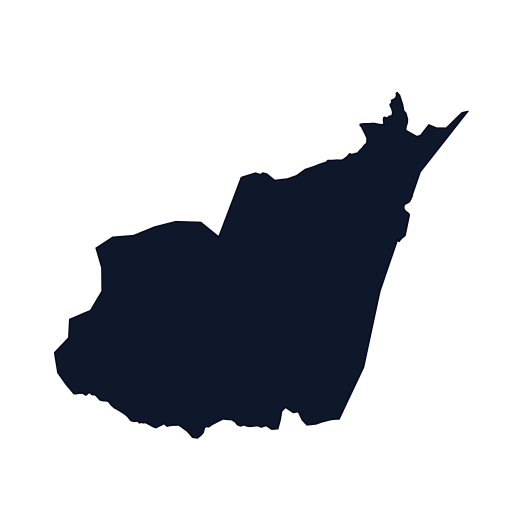 Santa Ana Ateixtlahuaca, Oaxaca, Mexico, rotated 193°
{"feature_id": "50627088B25341473953732", "entity_name": "Santa Ana Ateixtlahuaca", "entity_type": "district", "adm_level": 2, "iso_a3": "MEX", "parent_name": "Mexico", "parent_adm1": "Oaxaca", "projection": "robinson", "projection_center": [-96.894, 18.22], "detail": "fine", "context": "isolated", "style": "filled", "palette": "ink", "viewbox_px": 512, "rotation_deg": 193, "n_neighbors": 0, "source": "geoboundaries", "source_scale": "gbopen_adm2", "svg_char_len": 3200}
<svg xmlns="http://www.w3.org/2000/svg" viewBox="0 0 512 512"><g transform="rotate(193 256 256)"><path d="M402.4,80.9L400.6,81.2L397.2,82.7L394.1,83.4L390.4,82.2L388.5,84.9L386.5,85.5L384.9,84.1L381.3,84.6L378.1,82.4L375.7,80.7L372.6,80.6L369.4,81.2L367.2,81.2L363.6,78.3L359.7,76.2L357.0,75.5L351.4,73.7L348.1,72.4L345.1,70.9L340.8,67.5L337.6,67.4L334.3,68.6L332.0,67.2L330.5,68.2L328.3,68.1L326.1,68.9L321.3,67.6L317.0,66.4L314.8,66.3L312.3,68.5L310.0,70.1L309.0,71.4L307.3,71.8L304.3,70.2L302.2,71.3L299.3,72.4L295.9,73.2L293.5,74.0L290.6,73.0L286.9,71.3L284.2,70.3L279.9,67.4L277.1,65.1L272.2,65.5L269.5,68.9L267.8,71.9L267.6,77.1L266.6,78.5L263.4,79.1L261.1,81.8L258.2,84.3L251.5,89.9L247.7,90.3L245.0,90.7L242.7,91.1L238.7,89.6L236.2,87.5L232.9,86.9L230.8,88.2L229.5,88.9L226.8,88.3L223.5,88.6L216.3,91.1L212.4,90.5L208.0,93.2L201.7,90.8L195.9,92.6L195.6,101.4L196.1,110.6L193.2,115.3L184.5,111.9L179.7,113.9L176.8,110.2L173.8,106.5L168.3,102.9L159.7,105.9L154.9,109.0L146.5,113.4L142.3,114.9L138.4,115.9L136.2,126.0L136.1,126.6L126.7,169.6L126.2,172.0L127.3,242.1L127.4,249.7L124.2,281.1L123.4,288.2L122.8,294.4L121.8,304.1L121.5,304.0L121.1,304.0L120.9,304.0L120.8,303.8L120.8,303.6L120.7,303.3L120.6,303.0L120.4,302.7L120.2,302.5L119.9,302.5L119.7,302.6L119.3,304.0L119.0,304.4L118.8,304.8L118.1,305.9L117.4,307.1L116.7,307.7L116.4,308.4L116.0,308.7L115.6,309.2L115.4,309.5L115.8,329.0L115.9,330.2L116.1,330.9L116.5,331.4L116.8,331.6L117.5,332.0L119.0,332.7L119.9,332.9L120.2,333.1L122.1,334.8L122.6,335.5L122.9,336.4L123.1,337.8L123.1,338.8L122.8,339.5L122.4,340.1L119.9,342.3L119.1,343.1L118.6,344.0L118.1,345.7L117.3,349.7L117.4,350.8L117.5,351.2L116.5,360.6L115.0,374.9L82.7,443.7L81.6,444.8L81.9,444.6L87.4,441.9L87.5,441.8L92.3,434.5L95.9,428.7L99.3,423.4L102.4,422.7L108.6,421.2L117.0,422.6L122.8,410.3L126.3,408.5L131.5,410.0L138.5,412.1L138.9,414.7L138.8,417.3L138.6,420.3L138.8,421.1L139.2,423.4L142.1,428.8L144.7,430.5L147.2,436.4L148.2,438.1L150.7,442.2L152.4,445.0L152.7,445.1L155.2,446.9L155.9,446.1L155.1,444.0L155.3,441.8L156.4,440.1L157.5,439.3L158.9,438.1L158.1,435.8L159.4,433.9L158.8,432.4L157.2,430.7L156.2,428.9L155.1,426.7L155.0,423.3L155.9,422.8L157.8,422.0L158.6,420.6L159.4,419.9L160.4,419.8L161.7,420.2L162.6,419.5L162.4,417.2L160.8,412.9L163.6,412.1L166.6,411.8L170.3,411.8L172.4,411.3L173.1,411.1L176.0,410.2L178.3,409.7L180.8,409.0L182.6,408.4L182.8,408.4L184.1,407.6L183.6,406.4L182.4,405.9L181.1,404.3L177.0,399.4L174.3,395.9L173.4,390.9L175.2,388.4L176.8,384.9L178.4,382.5L180.2,378.9L181.9,378.4L184.1,377.1L185.9,376.3L187.7,376.7L188.3,375.6L189.9,372.6L193.4,368.9L195.4,368.2L198.5,367.7L202.9,366.3L207.2,365.3L207.6,365.1L208.5,363.2L210.9,361.8L212.9,360.6L214.2,359.8L214.4,359.7L219.5,356.1L227.4,351.4L234.4,343.4L242.5,338.2L254.8,333.8L264.0,338.3L267.9,338.4L269.9,336.2L275.3,336.6L287.9,329.2L295.7,271.9L296.5,266.1L317.4,276.3L341.9,271.4L361.0,261.6L379.9,248.3L399.8,242.0L408.6,232.8L413.5,227.7L412.3,225.6L403.5,209.9L398.0,187.1L401.4,176.7L404.9,165.6L408.7,162.9L423.2,152.3L423.0,151.1L420.0,134.2L430.1,117.1L430.4,116.6L429.3,113.7L422.8,97.8L412.2,88.3L402.4,80.9Z" fill="#0f172a" stroke="#020617" stroke-width="1.5"/></g></svg>